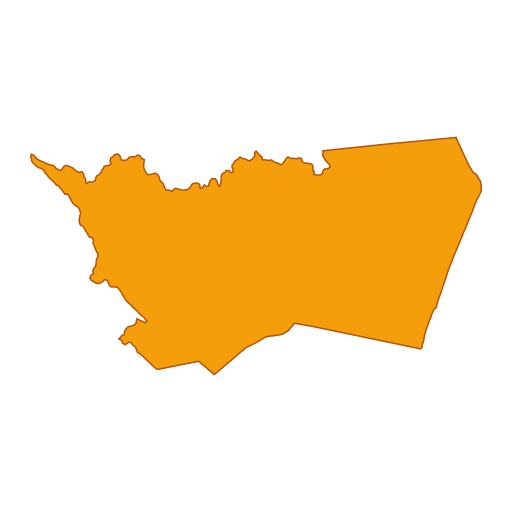 the district of Belmonte, Bahia, Brazil
{"feature_id": "56859067B37213046235588", "entity_name": "Belmonte", "entity_type": "district", "adm_level": 2, "iso_a3": "BRA", "parent_name": "Brazil", "parent_adm1": "Bahia", "projection": "mercator", "projection_center": [-39.261, -15.95], "detail": "fine", "context": "isolated", "style": "filled", "palette": "amber", "viewbox_px": 512, "rotation_deg": 0, "n_neighbors": 0, "source": "geoboundaries", "source_scale": "gbopen_adm2", "svg_char_len": 5231}
<svg xmlns="http://www.w3.org/2000/svg" viewBox="0 0 512 512"><path d="M420.7,348.9L422.0,347.5L422.1,345.1L422.8,343.3L423.8,340.4L424.1,337.3L424.7,334.5L425.6,331.5L426.4,329.2L427.1,327.0L427.9,324.9L429.1,321.7L430.1,319.0L431.0,316.7L431.6,314.8L432.6,312.5L433.5,310.3L434.7,308.7L436.5,307.3L436.8,304.7L437.5,302.5L438.2,299.8L439.3,296.9L440.3,294.4L441.3,291.4L442.1,288.9L442.7,287.0L443.5,284.6L444.6,281.6L445.6,278.8L446.5,275.7L447.2,273.6L447.9,271.5L448.5,269.5L449.3,267.6L450.4,264.8L451.3,262.5L452.4,259.9L453.2,257.4L454.1,255.3L455.1,253.2L456.1,250.7L457.2,248.1L458.2,245.4L459.2,243.1L460.3,240.6L461.2,238.3L462.6,235.1L463.5,232.6L464.6,230.1L465.8,227.4L467.1,224.3L468.0,221.8L468.9,219.6L469.8,217.4L470.7,215.2L471.8,212.9L472.8,210.1L473.8,207.4L474.6,205.2L475.3,203.1L476.4,200.9L477.5,198.4L478.9,195.9L480.4,193.1L481.3,190.3L481.3,187.6L481.1,184.3L480.5,181.4L478.6,178.5L477.5,176.3L476.0,174.1L473.6,172.8L472.0,170.6L471.0,168.9L469.8,167.1L468.7,165.0L467.4,162.1L465.9,158.9L464.6,156.3L463.7,154.4L462.8,152.5L461.9,150.4L460.9,148.2L459.9,145.9L458.7,143.5L457.7,141.4L456.9,139.6L456.1,137.4L451.9,137.9L390.5,143.7L388.3,143.9L322.9,150.8L323.2,153.2L322.5,155.6L324.2,157.9L324.9,159.7L326.4,161.4L327.8,163.0L329.5,164.5L329.8,167.5L328.0,168.5L326.0,169.0L324.1,169.2L322.6,171.4L322.2,173.9L319.9,175.1L317.4,175.0L313.7,174.6L314.4,172.0L312.7,169.8L312.9,167.2L312.4,164.8L310.8,163.6L308.9,163.6L306.9,163.1L304.6,163.1L302.4,161.7L301.3,158.4L299.0,157.9L296.7,158.8L293.9,158.3L291.1,158.4L288.0,156.9L286.2,158.5L285.2,160.2L283.6,162.3L281.8,164.6L279.8,164.4L278.0,163.0L275.3,162.5L273.2,161.3L271.4,159.9L269.3,160.4L267.0,160.1L264.4,159.8L262.3,159.7L261.9,156.8L259.4,154.9L257.5,152.6L256.1,151.1L254.6,152.5L254.8,154.6L254.5,156.7L252.2,159.1L249.4,160.9L246.8,159.8L244.7,158.8L242.4,158.5L240.1,157.0L237.8,159.2L235.0,160.9L233.8,163.1L232.1,165.2L232.0,167.3L233.0,169.1L233.0,172.0L230.5,172.6L229.1,170.6L226.2,170.4L225.1,172.5L222.4,173.5L221.2,176.2L221.1,179.2L221.0,181.9L220.6,184.7L219.4,186.4L217.8,184.0L216.9,180.8L215.3,178.8L212.1,178.5L209.9,181.0L209.2,183.1L208.5,186.1L206.1,186.3L204.3,184.9L203.1,186.3L202.1,188.1L200.3,188.3L199.9,186.4L199.6,184.3L197.8,183.2L195.4,183.0L192.3,183.9L190.9,186.1L189.8,187.7L188.2,189.1L186.1,189.8L183.7,190.1L181.1,190.0L177.7,188.8L175.1,188.4L173.5,189.7L172.0,191.3L169.1,190.1L165.8,190.1L164.7,187.8L164.1,185.9L162.9,183.2L160.7,181.4L159.7,179.5L159.4,177.7L158.1,175.0L155.5,173.1L152.8,173.9L150.8,174.4L148.2,174.8L146.2,172.9L145.0,170.7L143.9,168.1L143.6,165.2L144.0,162.4L144.3,159.6L141.4,158.2L139.8,155.6L137.6,155.0L135.2,156.9L132.8,156.5L130.8,156.8L129.0,157.5L127.5,159.2L126.0,160.3L124.1,160.3L121.5,160.2L120.3,157.2L119.6,155.3L117.1,153.9L114.3,154.9L112.9,156.9L110.8,157.9L110.0,161.0L111.2,163.6L109.4,165.3L106.5,165.7L104.0,166.5L103.4,168.3L102.1,169.8L101.3,172.0L99.3,174.4L96.9,175.8L95.9,177.5L95.3,180.6L91.9,182.2L89.4,181.7L86.3,183.5L85.8,181.6L85.4,178.9L84.0,176.7L83.6,174.1L81.9,171.7L79.1,172.3L77.2,171.6L75.4,170.3L73.1,168.2L70.2,166.8L68.1,165.9L65.9,165.3L63.7,166.6L62.5,168.5L60.8,170.4L59.0,170.1L56.1,168.4L54.7,166.6L53.2,165.4L51.3,165.2L48.6,164.4L45.7,163.3L43.4,162.0L40.7,161.0L37.9,159.6L35.9,157.9L34.5,156.1L33.2,154.9L31.2,154.3L30.7,157.1L31.7,159.7L31.9,161.6L33.4,163.3L35.6,165.4L38.3,167.5L40.6,168.3L43.5,169.8L44.9,172.6L46.6,174.2L48.0,176.3L50.2,178.7L53.0,181.1L54.9,183.3L56.4,185.1L58.7,185.9L60.1,188.0L61.9,189.8L63.1,191.5L64.8,194.3L67.7,194.2L69.2,196.3L70.2,198.6L72.0,201.9L73.6,204.0L75.7,205.8L78.4,207.3L79.9,210.5L80.6,213.2L79.8,216.2L79.2,219.2L79.4,222.8L80.5,225.1L82.6,226.0L84.5,228.6L85.8,231.2L87.3,233.2L88.2,235.2L89.5,237.1L92.7,237.9L93.5,240.9L93.0,243.4L94.0,245.5L95.0,247.7L96.1,250.7L97.9,254.2L97.9,256.4L97.0,258.4L96.3,260.2L96.1,263.5L95.6,266.4L93.5,268.8L92.8,271.0L93.4,273.8L90.8,275.4L90.0,278.0L90.7,279.9L92.4,281.0L94.8,282.2L96.5,283.5L99.1,283.4L102.0,282.2L104.6,279.7L107.4,280.3L108.6,283.5L109.9,286.0L111.6,287.0L114.5,286.8L117.0,287.2L119.1,289.1L120.8,291.6L122.1,294.1L125.0,298.9L127.1,301.7L129.0,303.3L130.9,305.0L132.4,306.7L134.4,308.6L136.7,310.6L138.7,312.9L140.0,314.3L141.5,315.6L143.7,317.3L145.7,319.7L146.9,321.2L145.3,322.7L143.4,321.9L141.0,320.7L138.6,319.7L137.0,318.7L136.4,320.5L136.1,323.1L134.4,324.9L131.8,326.0L129.3,326.4L127.3,327.3L125.8,329.2L124.5,331.7L124.2,334.7L121.8,335.3L120.4,337.4L118.8,338.9L121.3,340.0L122.7,343.4L125.3,344.6L128.7,342.3L131.2,342.7L133.1,345.4L135.1,346.6L136.5,349.6L137.6,352.7L139.6,353.4L141.5,355.0L143.2,356.6L145.0,358.4L147.2,360.5L150.0,363.1L153.3,366.2L155.3,368.1L157.0,369.2L159.4,369.1L161.3,368.7L163.2,368.3L166.2,367.7L167.9,367.4L171.7,366.6L175.7,365.8L180.6,364.8L184.0,364.2L186.1,363.7L188.8,363.2L190.9,362.8L194.0,362.1L196.0,361.8L198.6,361.2L214.3,374.6L245.8,347.8L248.0,346.7L249.8,345.8L251.8,344.8L254.4,343.5L256.8,342.3L259.2,340.8L261.7,339.3L263.9,337.9L266.3,336.7L269.6,336.2L272.2,335.9L274.1,335.7L276.2,335.3L279.8,334.8L282.7,334.0L285.2,332.6L288.1,330.9L289.8,328.9L291.6,326.8L294.5,323.3L312.5,326.4L420.7,348.9Z" fill="#f59e0b" stroke="#b45309" stroke-width="1.5"/></svg>